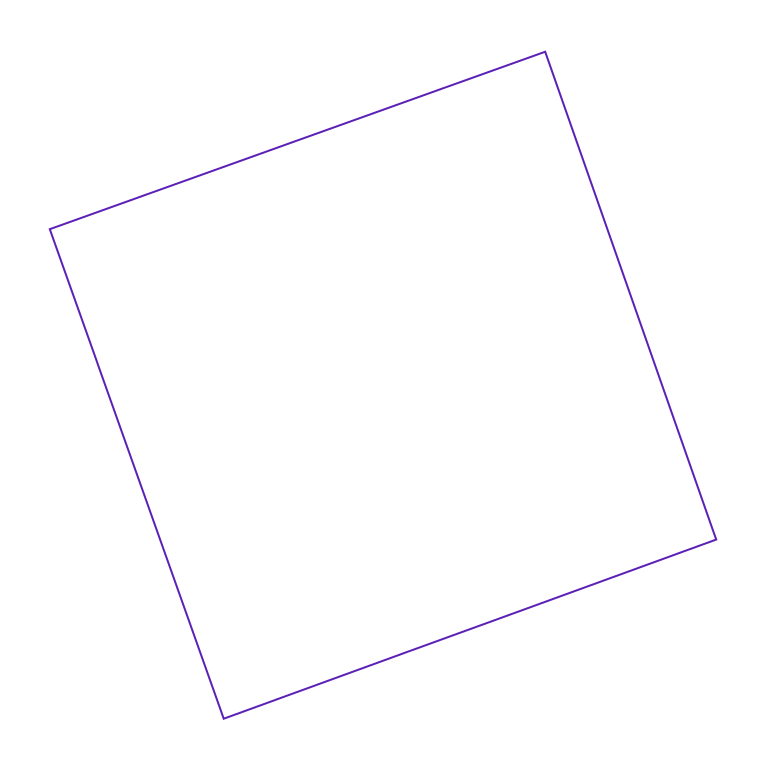 Realicó, La Pampa, Argentina (Robinson projection), rotated 160°
{"feature_id": "61730980B60690576919105", "entity_name": "Realicó", "entity_type": "district", "adm_level": 2, "iso_a3": "ARG", "parent_name": "Argentina", "parent_adm1": "La Pampa", "projection": "robinson", "projection_center": [-64.197, -35.226], "detail": "fine", "context": "isolated", "style": "outline", "palette": "violet", "viewbox_px": 768, "rotation_deg": 160, "n_neighbors": 0, "source": "geoboundaries", "source_scale": "gbopen_adm2", "svg_char_len": 430}
<svg xmlns="http://www.w3.org/2000/svg" viewBox="0 0 768 768"><g transform="rotate(160 384 384)"><path d="M118.9,641.1L228.6,641.7L384.4,642.5L543.2,643.3L643.7,643.8L645.1,643.8L646.1,505.1L646.2,499.8L647.3,351.9L649.0,132.9L649.1,124.3L645.3,124.3L587.2,124.3L454.8,124.3L345.1,124.2L159.6,124.2L140.8,124.2L125.0,124.2L124.9,137.1L123.7,237.6L121.2,447.7L118.9,641.1Z" fill="none" stroke="#5b21b6" stroke-width="2"/></g></svg>